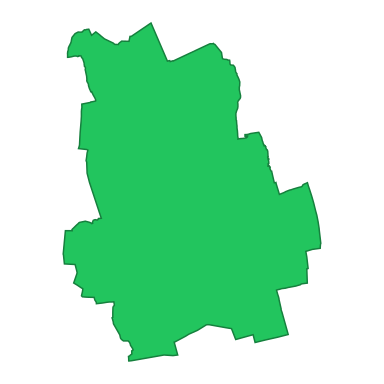 the district of Draguseni, Galati, Romania
{"feature_id": "2599482B49340027544392", "entity_name": "Draguseni", "entity_type": "district", "adm_level": 2, "iso_a3": "ROU", "parent_name": "Romania", "parent_adm1": "Galati", "projection": "mercator", "projection_center": [27.722, 46.007], "detail": "fine", "context": "isolated", "style": "filled", "palette": "green", "viewbox_px": 384, "rotation_deg": 0, "n_neighbors": 0, "source": "geoboundaries", "source_scale": "gbopen_adm2", "svg_char_len": 5730}
<svg xmlns="http://www.w3.org/2000/svg" viewBox="0 0 384 384"><path d="M307.4,182.7L306.7,183.0L305.9,183.4L304.4,184.0L303.1,184.7L302.7,185.2L302.3,186.0L301.8,186.6L301.3,186.8L298.7,187.4L293.3,189.0L290.7,189.9L289.8,190.0L285.5,191.7L284.4,192.4L279.4,194.4L276.2,183.9L275.9,182.5L275.7,182.6L275.3,182.7L274.8,182.8L274.3,182.8L272.7,175.9L271.7,171.5L271.7,171.2L271.1,171.0L270.9,170.8L270.0,168.7L269.9,167.9L270.2,167.7L269.9,166.7L269.5,166.7L269.4,166.3L269.2,165.9L268.3,166.2L268.0,166.2L268.0,165.8L268.6,165.6L268.4,164.9L268.0,164.0L268.0,163.9L268.8,163.5L268.7,162.9L268.8,162.8L268.7,161.5L268.5,160.6L268.2,159.7L268.5,159.6L268.8,159.5L268.7,158.7L268.0,158.8L267.8,157.6L267.7,157.3L267.7,157.1L268.1,157.1L268.2,156.8L268.0,155.9L267.9,154.3L267.9,153.5L267.8,152.8L267.8,152.1L267.7,151.1L267.4,150.3L267.2,149.8L267.0,149.6L266.5,149.6L266.4,149.1L265.9,148.0L265.8,147.2L265.9,146.8L265.4,146.5L265.3,146.2L265.2,145.7L264.7,145.5L264.1,145.7L263.9,144.6L263.6,144.6L263.0,142.8L262.9,142.2L262.2,140.4L261.6,137.5L258.8,132.3L250.6,133.5L248.9,134.1L247.2,134.5L245.0,134.6L245.0,135.3L245.0,135.8L245.0,136.2L245.6,136.2L245.7,136.4L246.4,136.2L247.6,136.1L247.4,137.0L246.6,137.3L246.4,137.8L243.3,138.4L240.3,138.6L238.0,139.0L238.1,138.5L238.0,137.7L237.8,136.7L237.7,136.0L237.6,133.4L237.5,132.2L237.4,130.7L237.2,129.6L237.0,127.8L237.0,126.0L236.9,125.3L236.8,124.6L236.7,123.8L236.5,120.8L236.5,120.5L236.2,120.1L236.1,119.4L236.1,118.4L236.1,117.9L235.9,115.8L235.9,114.8L235.9,113.4L236.1,112.6L236.7,110.6L237.4,109.0L237.7,108.2L237.7,107.7L237.8,107.3L237.9,106.9L237.9,103.9L237.7,102.8L237.7,102.2L237.8,101.9L238.1,101.1L239.0,100.0L239.1,99.6L239.3,99.4L239.7,99.1L240.0,98.7L240.5,97.6L240.5,97.1L240.6,96.0L240.5,95.3L240.3,94.4L239.8,92.1L239.6,91.0L239.3,89.8L239.3,89.0L239.3,87.4L239.5,86.3L239.6,85.9L239.7,85.5L239.7,84.5L239.8,81.9L239.7,81.7L239.0,79.4L237.9,76.9L237.3,75.8L237.0,75.1L236.9,74.5L236.9,73.6L236.3,73.0L236.0,72.5L235.8,72.1L235.6,71.4L235.5,70.7L235.5,70.0L235.2,68.9L235.1,67.8L234.9,67.3L234.4,66.5L233.3,65.2L231.6,65.1L230.7,64.9L230.0,64.0L229.8,61.1L229.6,60.2L228.0,60.1L227.6,59.9L227.2,59.6L226.8,59.5L226.5,59.4L224.5,59.3L223.1,59.0L222.5,58.4L222.3,57.7L222.0,55.8L221.5,52.5L215.0,44.5L214.3,44.3L213.4,43.4L212.8,43.7L211.3,43.8L210.2,43.7L209.2,44.1L173.2,61.0L172.9,60.8L170.2,61.6L169.7,60.6L167.4,61.1L151.0,23.0L131.4,36.3L130.0,36.4L129.0,41.3L123.0,41.2L121.8,41.1L119.9,42.5L118.7,43.6L118.4,44.5L114.7,44.4L113.3,43.1L104.5,38.9L100.7,35.8L100.2,35.3L98.8,34.2L95.8,31.9L91.6,35.3L88.8,29.2L86.4,29.5L85.2,30.0L84.5,29.8L83.4,30.6L82.8,31.4L82.3,31.6L81.9,32.2L79.0,32.1L78.2,32.0L75.1,33.6L72.1,37.3L72.0,37.5L71.6,39.3L71.4,40.4L71.1,42.1L70.9,42.5L70.6,43.4L70.2,44.0L69.7,45.2L69.5,45.4L69.4,45.6L69.5,45.8L69.2,46.1L68.8,46.9L68.5,47.5L68.4,48.1L68.3,48.7L68.3,49.4L68.3,49.9L67.6,52.1L67.6,52.3L67.7,52.5L67.5,53.7L67.5,53.9L67.6,54.3L67.6,54.6L67.6,57.3L68.4,57.3L71.4,56.8L74.2,56.1L75.7,56.0L77.1,56.2L77.4,56.5L77.9,56.5L78.8,56.3L78.9,55.7L81.0,55.9L81.6,57.5L82.7,58.7L83.7,61.7L84.1,62.9L84.2,64.6L84.3,65.2L84.5,66.5L84.8,66.6L85.0,66.9L85.3,67.3L85.4,67.8L85.4,68.9L85.3,69.1L85.2,69.7L85.3,70.2L85.5,70.9L85.8,72.4L86.0,73.4L86.6,76.1L86.8,78.5L86.9,78.8L86.9,79.2L86.8,80.0L86.8,80.7L86.9,81.2L87.3,82.1L87.5,82.5L88.1,83.4L88.5,84.8L88.5,85.7L89.5,88.8L90.1,90.0L90.7,91.5L91.1,92.0L91.7,91.7L91.8,91.9L91.8,92.3L92.3,93.1L93.4,95.4L93.7,95.9L93.9,96.2L95.1,98.4L95.6,99.6L95.7,100.5L95.7,100.8L95.6,101.0L93.0,101.6L90.7,102.0L90.5,102.4L81.8,104.1L81.9,107.5L81.8,108.1L81.6,109.2L81.4,111.3L81.4,116.4L81.1,121.2L80.2,132.0L79.7,141.0L79.5,145.1L79.2,146.3L78.5,148.6L86.6,149.5L87.9,150.1L87.1,153.0L86.7,156.7L86.1,160.7L86.7,162.2L87.1,173.2L89.5,182.5L101.3,218.3L98.4,218.5L98.1,219.4L97.3,220.0L96.8,220.0L95.6,219.7L95.0,219.7L93.3,220.3L93.1,220.7L92.7,221.8L92.4,222.7L92.5,223.1L92.6,223.3L91.9,223.6L91.8,223.4L89.5,222.3L85.3,221.2L79.6,222.4L79.0,222.7L78.3,223.5L76.6,225.0L72.0,229.5L72.2,230.7L65.4,230.7L63.2,254.1L63.5,255.2L64.4,263.9L75.1,264.5L76.8,271.1L77.0,272.2L77.1,272.7L76.8,274.0L76.2,275.7L73.7,283.0L77.2,285.1L81.5,288.0L82.7,288.6L82.8,289.3L82.4,291.9L81.5,295.8L82.4,296.8L83.6,296.9L84.5,297.0L87.5,297.2L94.2,297.4L94.5,298.9L95.0,300.3L96.0,301.7L96.3,302.5L96.4,303.7L102.5,303.0L107.4,302.2L109.5,302.0L112.0,302.0L113.8,301.8L114.2,303.9L114.3,305.5L113.4,306.3L113.0,307.3L112.9,309.1L112.8,312.9L112.8,317.3L112.1,317.7L112.3,318.8L112.7,319.5L112.9,320.9L113.3,321.7L113.3,322.8L113.5,323.9L119.8,334.9L120.3,337.2L120.6,338.3L121.1,339.0L121.8,339.7L123.4,340.9L124.8,340.9L128.0,340.9L129.4,342.2L130.3,344.0L130.3,344.5L130.5,345.3L130.7,345.6L132.4,348.2L132.9,349.3L133.1,349.9L133.0,350.1L132.6,350.4L132.0,350.6L131.7,350.9L131.8,353.2L131.9,354.0L131.6,354.2L131.2,354.5L130.2,355.2L129.9,355.7L129.5,356.0L128.5,356.4L128.7,358.9L128.7,360.6L128.8,361.0L131.6,360.7L160.6,355.6L164.0,355.0L173.0,355.6L177.7,355.0L174.2,342.2L174.4,342.2L185.6,336.2L188.8,334.2L197.7,330.2L206.4,324.8L207.3,324.7L209.1,324.7L225.9,327.7L231.5,328.6L235.7,339.5L253.1,334.7L255.1,342.5L265.7,339.9L277.7,337.2L288.2,334.5L282.0,312.3L281.1,309.8L281.1,308.8L279.0,299.4L279.0,298.9L278.6,297.1L277.7,294.4L276.5,290.1L277.3,289.8L279.6,289.3L281.8,288.6L285.4,288.2L288.4,287.4L289.7,287.2L296.1,286.0L296.6,285.8L300.5,284.7L301.3,283.9L307.3,283.1L306.8,268.8L307.7,268.7L308.1,268.5L306.8,257.0L305.8,251.4L312.3,249.4L320.2,248.3L320.4,245.3L320.5,244.3L320.8,243.4L320.2,238.2L319.3,230.5L319.1,228.3L318.1,221.8L316.8,215.2L315.7,211.2L313.7,203.1L312.4,198.5L311.6,195.8L309.6,189.6L308.4,186.1L307.4,182.7Z" fill="#22c55e" stroke="#15803d" stroke-width="1.5"/></svg>